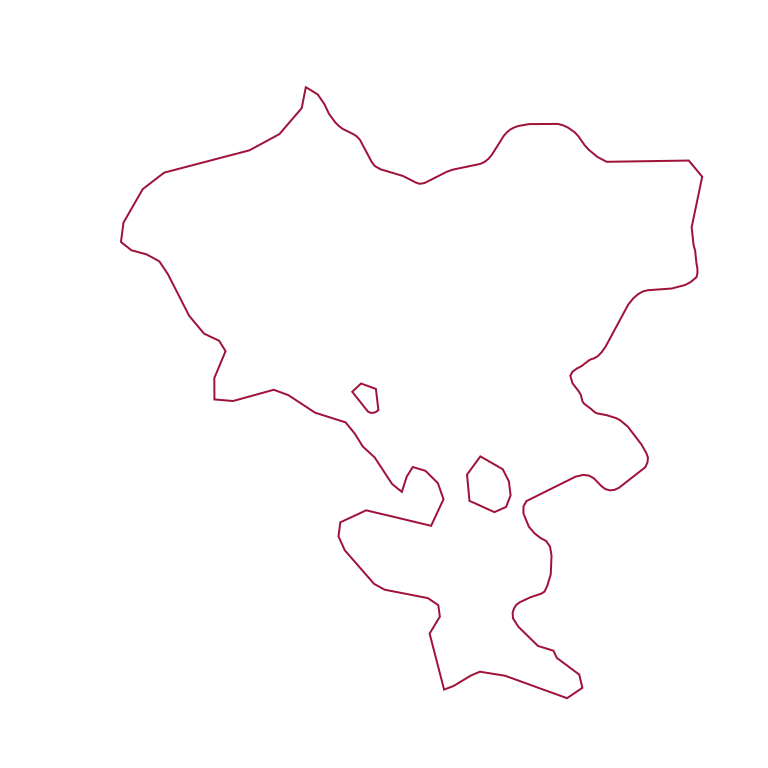 an SVG outline of Tavush, rotated 191°
{"feature_id": "ARM-1670", "entity_name": "Tavush", "entity_type": "Province", "adm_level": 1, "iso_a3": "ARM", "parent_name": "Armenia", "parent_adm1": "", "projection": "equal_earth", "projection_center": [45.046, 40.964], "detail": "fine", "context": "isolated", "style": "outline", "palette": "rose", "viewbox_px": 768, "rotation_deg": 191, "n_neighbors": 0, "source": "natural_earth", "source_scale": "10m", "svg_char_len": 2432}
<svg xmlns="http://www.w3.org/2000/svg" viewBox="0 0 768 768"><g transform="rotate(191 384 384)"><path d="M209.4,120.7L234.9,119.9L243.1,114.4L258.3,100.7L266.7,95.5L291.6,147.7L284.8,166.3L288.5,177.3L300.1,182.2L344.1,182.2L355.6,185.9L390.8,213.3L399.6,225.8L400.5,239.9L377.4,256.6L310.7,253.8L303.6,282.2L312.2,297.0L326.8,306.7L339.9,308.0L344.0,297.5L345.9,281.5L357.0,287.4L379.1,310.1L392.9,318.6L403.3,329.8L414.4,339.0L446.2,342.7L475.7,354.8L491.1,357.3L522.5,341.7L528.9,338.5L547.5,336.5L551.7,357.4L545.8,386.0L554.1,395.0L563.7,397.4L570.4,399.2L588.3,413.8L617.2,450.7L627.9,461.5L641.6,465.9L657.5,467.1L669.3,473.2L670.5,492.8L658.0,529.3L640.2,549.5L588.0,574.6L560.7,587.7L534.3,609.4L517.4,639.2L517.4,660.4L517.2,660.4L504.3,655.6L495.8,647.2L489.7,638.9L482.0,631.7L477.6,628.7L473.4,626.6L461.5,623.3L457.7,621.7L454.1,619.0L438.6,599.8L434.6,596.2L428.3,594.1L405.0,591.8L391.6,587.9L387.4,587.3L382.7,588.9L362.9,604.3L357.3,607.6L331.3,618.5L327.6,621.3L324.4,625.0L321.9,629.5L313.8,650.4L311.4,654.5L308.6,657.9L305.1,660.7L301.1,663.0L291.2,666.8L262.8,672.5L257.7,672.1L252.6,670.9L244.9,667.5L240.8,664.6L232.5,656.6L227.7,653.0L217.8,647.6L207.8,644.6L127.5,661.5L111.2,648.2L111.9,596.5L106.6,579.4L104.0,574.2L100.5,562.6L98.5,557.4L97.5,553.0L97.6,548.6L102.2,542.8L107.2,538.7L119.9,532.6L142.9,526.4L147.8,524.1L151.9,520.5L155.7,515.5L159.4,508.6L173.7,462.7L176.5,456.6L179.6,452.0L182.8,449.2L185.8,447.6L187.9,445.7L193.5,439.3L197.7,435.9L201.2,432.2L202.7,427.7L199.1,420.7L191.3,413.8L188.8,411.0L185.8,404.7L183.6,402.7L175.5,398.8L173.5,397.5L171.2,396.3L168.8,395.8L159.5,395.9L149.7,394.8L145.3,393.5L136.6,388.7L119.8,373.8L113.4,366.4L110.9,362.2L110.4,357.5L111.6,352.2L133.5,327.0L137.7,324.0L142.0,322.7L146.7,323.1L151.2,325.3L159.9,331.4L165.2,333.2L171.1,332.8L178.3,329.6L221.9,296.2L223.7,290.5L222.5,283.6L214.6,271.6L207.7,266.1L200.5,262.5L195.0,260.9L190.0,256.1L186.8,247.4L184.0,229.0L185.2,217.0L186.9,210.7L189.8,208.1L199.4,202.7L208.8,195.9L212.0,192.5L213.6,188.3L214.1,183.9L212.6,178.5L205.7,171.3L182.8,156.2L166.7,154.5L162.1,148.1L136.9,136.0L131.3,123.6L144.4,110.5L209.4,120.7ZM275.6,331.3L285.2,310.9L277.8,285.6L251.2,279.3L240.7,286.6L238.5,298.9L242.8,312.2L251.2,323.0L275.6,331.3ZM406.6,380.1L413.7,370.3L394.4,353.8L391.6,353.2L388.9,353.7L386.6,355.0L384.5,357.3L391.0,377.6L406.6,380.1Z" fill="none" stroke="#9f1239" stroke-width="2"/></g></svg>